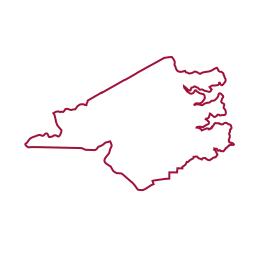 Willoughby, New South Wales, Australia (Robinson projection), rotated 351°
{"feature_id": "25037944B78861208186776", "entity_name": "Willoughby", "entity_type": "district", "adm_level": 2, "iso_a3": "AUS", "parent_name": "Australia", "parent_adm1": "New South Wales", "projection": "robinson", "projection_center": [151.215, -33.802], "detail": "fine", "context": "isolated", "style": "outline", "palette": "rose", "viewbox_px": 256, "rotation_deg": 351, "n_neighbors": 0, "source": "geoboundaries", "source_scale": "gbopen_adm2", "svg_char_len": 5924}
<svg xmlns="http://www.w3.org/2000/svg" viewBox="0 0 256 256"><g transform="rotate(351 128 128)"><path d="M56.6,101.7L57.4,103.3L57.7,106.8L57.9,108.8L57.8,109.9L58.0,111.4L58.7,114.4L59.7,116.2L61.1,118.3L61.9,119.8L61.5,121.4L61.1,122.3L59.9,124.1L58.7,125.3L58.1,125.5L57.5,125.4L56.1,124.3L55.0,123.8L53.7,123.8L52.0,124.5L50.8,124.7L49.5,124.7L48.8,124.6L48.3,124.1L47.8,121.8L47.5,121.2L47.0,120.7L46.3,120.5L45.7,120.6L43.4,122.2L42.7,122.3L42.0,122.3L40.4,121.3L39.5,121.0L38.6,121.0L31.9,122.3L29.9,123.0L28.1,124.4L26.1,126.6L24.4,127.4L24.1,127.8L24.0,128.3L24.6,129.6L26.3,131.4L32.0,132.1L37.7,133.1L78.6,140.5L79.2,140.7L82.7,142.9L91.6,144.6L92.3,144.5L93.4,144.1L94.2,143.5L95.6,142.0L99.2,141.2L101.3,140.2L103.4,138.9L108.3,138.4L109.1,141.7L109.1,142.5L108.9,143.5L107.3,145.7L105.3,150.0L101.4,153.5L100.2,155.0L99.8,155.8L99.6,156.5L99.8,158.1L100.7,159.6L104.9,163.4L106.6,167.9L107.8,169.3L109.7,170.8L113.5,171.6L114.4,172.0L115.1,172.5L124.1,183.1L125.9,186.1L127.6,189.6L128.2,190.4L129.2,190.9L132.5,191.6L134.0,191.4L135.9,190.8L142.0,188.1L144.5,187.5L143.9,184.1L145.5,183.9L157.2,184.1L160.9,184.5L161.9,178.3L169.5,179.5L169.7,178.2L170.2,177.0L170.5,175.5L175.4,176.4L175.6,174.9L177.5,174.1L178.1,173.7L179.0,173.2L179.5,172.6L180.7,170.7L181.6,171.0L182.0,170.9L184.4,169.3L187.3,168.3L188.1,167.6L188.4,166.9L188.4,166.7L189.6,166.9L190.6,166.8L191.6,166.9L193.1,169.0L194.8,169.8L195.2,170.2L195.6,170.3L196.0,170.6L196.4,170.0L197.1,169.6L199.4,169.6L199.8,169.8L200.7,171.2L201.3,171.4L201.5,171.7L203.0,172.5L203.7,172.6L205.2,171.8L206.2,171.5L207.3,170.7L208.5,170.7L209.0,170.4L209.9,170.6L212.1,168.5L212.1,168.0L211.5,166.4L210.9,164.3L210.4,163.5L209.7,162.9L210.1,162.5L210.1,161.8L210.8,162.1L212.4,162.4L213.5,164.6L215.3,164.3L215.6,164.9L215.9,165.3L216.5,165.3L217.3,165.7L218.4,165.9L218.7,165.9L219.5,165.1L220.7,164.3L221.0,163.5L221.2,163.3L221.5,163.2L221.7,163.3L222.1,163.2L223.1,162.3L224.4,161.7L224.4,161.4L224.7,161.1L225.0,161.1L226.1,160.7L226.8,160.9L226.9,160.7L228.4,160.9L229.4,161.3L230.0,160.8L229.4,159.7L227.9,158.8L226.8,158.5L226.4,158.3L226.5,158.1L225.8,157.6L225.5,157.0L225.7,156.5L225.6,156.0L225.8,155.2L226.8,153.6L227.4,151.8L227.1,150.6L227.2,150.3L227.0,150.0L227.1,149.0L228.0,147.9L228.2,147.5L228.4,146.7L228.4,146.0L228.6,145.5L229.8,144.9L230.2,144.4L230.3,143.7L230.0,141.9L229.7,140.9L228.8,140.3L227.7,140.0L226.3,138.5L225.2,138.1L224.2,138.2L223.5,138.4L222.6,139.1L220.8,139.1L220.2,138.6L218.8,137.9L218.8,137.7L218.5,137.6L218.5,137.8L218.0,137.5L216.0,137.1L215.0,137.0L214.9,136.8L214.0,137.2L213.7,137.5L213.5,138.0L212.5,139.1L211.8,139.5L211.7,139.8L211.1,139.9L211.1,140.4L210.9,140.5L211.0,140.7L210.5,141.2L210.2,141.4L210.0,141.2L209.7,141.2L209.2,141.4L209.3,141.6L207.7,142.1L207.4,141.9L207.3,141.3L207.0,141.0L205.5,140.7L200.4,141.9L200.1,140.9L199.5,140.2L197.5,138.8L195.8,138.3L196.0,138.0L196.2,137.9L198.1,137.8L200.2,138.2L201.7,138.8L202.6,138.8L202.9,138.7L203.9,138.0L204.2,138.0L206.0,137.2L207.3,136.9L208.2,136.5L208.8,135.6L208.8,134.5L208.5,134.0L207.8,133.4L207.2,132.3L206.1,131.5L206.5,131.0L208.4,130.9L209.4,130.4L209.7,129.9L210.0,128.9L210.9,127.7L211.1,126.6L211.7,126.8L212.0,127.4L212.5,127.9L214.2,130.0L215.3,130.7L215.8,130.6L217.5,129.9L218.1,129.5L218.4,128.9L218.6,128.8L220.0,129.2L220.9,130.1L223.2,129.9L224.6,130.3L225.7,130.2L226.2,129.9L226.6,129.4L227.0,128.7L227.1,126.4L226.8,125.1L225.9,123.7L225.6,122.9L226.0,121.7L226.5,120.9L226.7,119.6L226.4,119.1L225.3,118.3L224.5,117.4L224.3,117.1L224.2,116.5L224.3,116.1L224.9,115.2L225.3,114.0L226.8,112.4L227.0,111.5L226.7,110.9L225.7,109.4L224.9,108.5L224.4,108.2L223.7,108.1L223.3,108.2L222.9,108.6L222.6,109.3L222.5,109.9L221.1,111.9L218.7,113.8L217.8,114.2L216.5,114.4L214.8,114.2L212.7,115.5L211.0,115.6L209.9,115.4L209.7,115.6L208.0,115.8L206.7,116.2L206.0,116.7L205.1,117.1L203.9,116.8L202.7,116.2L201.7,115.8L199.4,115.3L197.9,115.5L196.6,115.9L197.6,115.0L198.5,114.4L199.0,114.3L201.0,114.6L201.7,114.9L202.1,115.2L202.5,115.2L202.6,114.9L204.1,114.6L205.3,114.0L207.3,112.1L208.4,110.8L208.6,109.9L208.7,109.2L208.7,108.3L208.4,107.3L208.1,106.7L207.6,106.3L204.4,105.0L203.9,104.6L201.8,102.7L201.1,101.5L200.7,101.3L199.7,101.6L199.0,102.8L197.4,103.9L196.2,104.1L194.9,103.8L192.0,101.1L190.7,98.4L190.0,97.4L189.8,97.0L189.9,95.6L191.3,97.1L193.3,99.7L194.4,100.4L195.3,100.7L195.7,100.6L196.2,99.2L196.8,98.5L197.0,98.1L198.9,97.9L199.8,97.4L200.3,97.3L201.5,98.0L202.0,98.4L203.3,99.3L203.9,99.9L204.3,100.8L204.8,101.3L207.4,101.6L210.0,103.5L211.6,104.0L213.4,104.9L214.4,105.0L215.3,104.7L215.6,104.3L216.1,103.2L216.7,102.9L216.6,102.7L215.6,101.5L215.0,100.4L215.0,100.2L215.7,100.2L217.1,99.4L218.1,99.2L220.0,99.6L222.0,99.7L223.7,99.6L224.6,99.0L225.0,98.5L225.2,98.1L225.1,97.6L225.4,97.5L225.7,97.6L226.1,99.1L226.5,99.8L227.2,100.4L227.9,100.5L231.0,97.8L231.8,96.6L232.0,95.0L231.3,93.1L231.2,91.4L230.7,90.7L230.8,89.4L230.6,88.7L229.1,87.2L227.7,86.8L226.5,85.9L226.3,85.5L226.2,84.9L225.8,83.9L225.6,83.0L225.1,82.4L222.7,83.0L220.2,84.1L218.8,84.5L217.0,84.8L210.9,84.8L208.9,85.3L207.9,85.8L207.1,85.5L205.5,84.1L204.0,83.1L203.0,82.7L202.4,82.8L199.9,83.7L197.2,83.8L196.7,83.6L194.9,82.4L194.1,82.1L193.5,81.3L193.3,80.5L191.9,80.6L191.0,80.8L189.7,80.9L188.0,80.6L186.9,80.2L185.5,79.0L184.7,77.0L184.4,74.8L183.8,72.9L184.4,70.7L184.5,69.6L184.0,67.9L183.5,66.7L182.4,64.8L182.2,64.7L180.2,64.5L174.5,64.4L173.2,65.1L172.6,65.1L171.0,65.8L158.7,70.2L145.5,75.0L144.6,75.5L134.1,79.5L132.2,80.1L131.8,80.1L108.0,89.0L107.7,89.1L107.6,88.8L92.8,94.5L92.4,94.8L92.1,95.8L91.7,96.5L91.1,97.1L90.5,98.9L89.0,98.5L87.9,97.6L85.0,97.2L83.9,97.4L81.7,98.4L78.8,101.3L77.0,101.1L74.5,101.3L73.9,101.1L71.7,99.8L70.4,99.5L69.4,99.5L68.8,99.8L68.1,100.7L67.3,101.5L66.3,102.0L64.6,101.4L63.5,101.7L62.0,100.8L60.6,100.6L59.0,100.8L56.6,101.7Z" fill="none" stroke="#9f1239" stroke-width="2"/></g></svg>